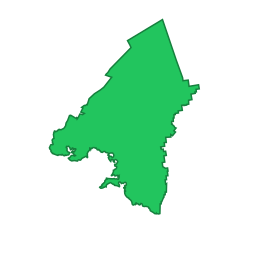 Glenorchy, Tasmania, Australia (Equal Earth projection), rotated 161°
{"feature_id": "25037944B30082174620136", "entity_name": "Glenorchy", "entity_type": "district", "adm_level": 2, "iso_a3": "AUS", "parent_name": "Australia", "parent_adm1": "Tasmania", "projection": "equal_earth", "projection_center": [147.273, -42.832], "detail": "fine", "context": "isolated", "style": "filled", "palette": "green", "viewbox_px": 256, "rotation_deg": 161, "n_neighbors": 0, "source": "geoboundaries", "source_scale": "gbopen_adm2", "svg_char_len": 5893}
<svg xmlns="http://www.w3.org/2000/svg" viewBox="0 0 256 256"><g transform="rotate(161 128 128)"><path d="M60.1,219.3L100.0,210.8L99.1,205.2L99.0,203.0L125.6,189.7L129.1,186.9L131.0,186.1L132.0,185.3L126.9,181.3L137.9,174.2L138.0,174.3L141.6,173.0L148.6,171.3L155.2,168.4L158.7,163.6L158.8,163.9L161.0,163.1L161.9,163.6L165.1,162.6L164.1,161.6L167.4,158.4L164.5,156.0L166.5,155.4L168.9,156.9L171.3,154.5L172.9,153.3L172.7,154.1L173.1,154.6L173.9,153.9L178.0,158.7L178.9,158.4L179.3,158.8L182.6,154.8L184.9,152.9L186.3,150.4L188.2,148.9L189.4,148.4L190.5,148.4L191.5,148.1L192.8,148.5L193.0,148.9L193.4,148.8L193.9,149.1L194.3,148.7L195.1,148.8L195.7,148.2L196.2,148.3L197.4,148.0L197.6,148.0L197.7,148.6L198.5,149.1L199.8,147.6L199.7,147.4L200.6,146.2L201.4,142.2L202.3,142.2L203.3,141.7L203.8,140.9L203.8,139.6L204.2,138.9L204.0,138.1L204.1,136.9L204.6,136.7L205.8,137.3L206.3,137.3L206.7,137.1L208.8,134.8L208.6,134.2L208.8,133.7L208.5,133.1L208.1,131.9L208.2,131.5L208.5,131.0L208.4,130.4L207.5,128.7L206.2,127.6L207.3,128.4L207.5,128.3L203.4,125.0L203.1,124.9L202.8,125.2L202.6,125.1L202.2,125.3L201.6,124.9L200.8,124.8L200.0,124.2L199.5,124.1L198.9,124.5L198.3,123.5L197.6,122.7L196.9,122.4L196.6,122.7L196.0,122.8L195.9,122.5L195.3,122.2L194.0,122.2L193.0,121.9L192.4,122.2L191.2,123.8L192.7,125.1L193.1,126.7L192.9,126.8L192.9,127.2L192.3,128.0L192.5,128.9L192.8,129.5L192.7,129.9L192.2,130.5L192.0,130.2L191.5,130.0L190.7,130.3L190.1,130.2L189.3,128.1L189.5,127.4L189.3,126.1L188.7,126.1L187.8,126.5L187.6,127.0L187.3,127.2L186.8,127.1L186.3,126.4L186.8,125.7L186.9,125.3L186.4,125.4L185.7,125.9L184.4,125.5L184.2,125.3L184.2,125.1L184.4,124.6L185.2,124.3L186.3,123.0L186.7,123.0L186.9,123.3L187.1,123.2L188.1,124.2L188.9,123.8L189.3,123.3L189.0,123.3L188.6,122.7L187.8,121.5L187.6,120.1L187.2,119.6L186.7,119.3L186.6,119.0L187.9,119.0L188.7,119.9L189.7,120.3L190.4,120.3L191.4,120.0L192.2,119.2L193.2,118.9L194.1,119.0L194.3,118.7L193.2,116.4L191.9,115.2L189.3,114.7L186.8,113.3L186.4,113.2L185.6,113.9L185.1,114.0L184.5,113.9L184.1,113.5L184.1,113.3L184.5,113.3L183.2,113.1L181.4,114.3L176.8,114.9L176.5,114.7L176.5,114.0L176.2,113.3L175.7,113.5L175.2,115.9L174.9,116.3L174.9,117.2L174.3,117.6L173.9,118.2L171.3,119.8L170.7,121.4L170.2,120.9L169.8,120.9L169.9,120.2L169.1,121.2L169.2,120.7L168.9,120.7L168.6,120.4L167.6,120.9L166.3,120.5L165.5,119.6L164.8,119.7L164.7,118.9L164.2,118.0L164.2,117.5L163.9,117.2L163.1,117.4L162.5,117.1L162.3,116.5L162.5,116.2L161.7,115.6L161.8,114.9L161.5,114.3L161.0,114.1L161.0,113.8L160.7,113.8L160.2,113.3L158.6,113.7L157.9,113.6L157.4,113.3L157.3,112.7L156.7,111.9L155.3,111.2L154.9,110.4L154.9,109.5L155.9,109.0L155.7,108.4L154.8,108.4L154.8,109.3L154.1,110.0L152.9,110.1L152.3,110.0L151.9,109.7L151.3,109.8L150.7,109.3L150.2,108.0L150.3,106.6L151.3,105.4L151.9,105.3L152.6,105.5L153.0,106.6L153.6,107.0L155.5,106.9L156.2,106.5L156.2,105.0L155.5,102.6L155.2,102.0L154.0,103.7L152.9,103.5L152.4,102.7L152.8,102.1L152.8,101.6L152.5,100.5L151.8,100.1L151.8,101.4L151.7,101.6L151.0,102.1L150.1,102.3L149.5,101.9L148.9,100.9L148.6,100.0L148.7,99.3L149.5,98.8L150.5,97.7L151.5,97.6L152.1,98.1L152.6,97.7L152.8,96.3L151.3,95.4L151.3,95.0L151.8,94.0L153.1,93.1L153.9,93.3L154.3,92.9L155.6,92.8L155.7,92.0L156.7,90.6L158.0,89.3L159.1,88.7L159.2,88.4L159.0,88.2L158.2,88.2L156.6,88.4L156.0,87.7L156.0,86.9L155.1,86.7L154.5,86.9L153.4,86.5L153.3,85.6L153.0,85.8L152.9,86.2L153.0,86.6L152.4,86.7L152.9,86.5L152.7,86.3L152.7,85.8L152.8,85.6L153.0,85.3L152.2,85.6L152.4,85.3L152.2,84.8L153.3,83.1L153.9,82.6L154.3,82.7L154.8,83.5L156.5,83.9L157.0,84.2L157.3,84.7L159.2,85.0L163.2,86.7L164.7,87.6L165.1,87.0L164.9,86.4L165.4,86.5L166.5,86.0L167.1,85.6L167.5,84.7L168.0,84.1L169.0,83.9L169.5,83.4L170.2,83.4L171.2,82.8L171.4,82.5L171.3,81.9L171.7,81.6L173.4,81.6L174.1,81.1L173.5,80.0L172.7,79.7L171.1,79.5L170.4,79.9L169.6,79.7L168.3,79.9L168.1,79.9L167.8,79.5L166.9,81.1L166.4,81.5L163.5,82.0L162.2,82.0L160.6,79.8L159.9,79.5L159.5,79.0L159.5,78.2L157.0,76.9L155.3,75.3L155.0,75.5L154.7,76.9L154.9,78.8L154.5,79.7L153.7,79.8L153.1,79.7L152.8,78.7L152.3,78.3L152.3,77.7L151.5,77.9L150.5,77.1L149.0,77.7L148.0,77.4L147.6,76.8L147.8,75.4L148.1,74.7L148.5,74.4L149.4,74.8L150.1,74.3L150.0,73.4L149.7,72.8L150.1,72.2L150.4,72.2L151.1,73.0L151.4,73.0L151.5,72.6L150.9,71.2L151.1,70.5L151.5,70.3L151.5,70.0L150.9,69.5L150.8,69.1L151.1,68.9L151.9,69.0L152.4,67.1L152.3,65.3L151.7,63.5L151.1,62.3L150.5,62.1L150.1,61.5L150.2,61.0L149.1,59.3L148.6,58.0L148.5,56.1L148.7,55.4L148.8,54.7L148.6,53.9L148.0,53.4L146.6,53.6L146.1,53.2L145.9,53.5L145.4,53.4L145.4,54.1L145.1,54.5L144.6,54.5L143.7,53.2L143.2,53.1L142.8,52.1L142.1,51.5L141.3,51.6L140.8,52.4L140.4,52.5L140.1,52.3L139.5,51.7L139.5,49.5L139.1,49.0L138.0,48.4L136.5,48.1L134.6,46.8L134.2,45.7L134.4,45.3L134.3,45.1L134.0,45.1L133.8,44.3L133.7,43.7L133.9,43.1L133.7,42.3L131.5,39.8L130.7,38.4L129.8,38.1L129.6,37.9L129.4,38.0L129.5,37.8L129.1,37.6L127.9,37.3L126.9,36.7L125.7,36.7L122.3,45.8L121.3,45.5L120.6,47.5L120.1,47.3L117.0,50.8L116.7,50.7L115.6,53.1L114.6,52.8L113.7,55.3L112.6,54.9L109.7,62.6L110.1,62.4L110.7,62.5L109.8,66.9L108.4,66.6L107.6,70.3L105.8,69.9L104.9,74.3L104.2,74.2L103.6,77.3L105.7,77.7L107.7,80.1L106.9,84.2L104.3,83.8L103.1,90.0L100.7,89.6L100.0,93.8L102.0,94.2L101.6,96.6L103.5,96.9L103.2,98.2L103.6,98.2L103.3,99.5L99.3,98.8L98.5,102.4L96.5,101.9L95.4,106.9L90.4,105.5L89.7,107.9L88.4,106.2L84.4,108.7L85.6,110.4L82.6,112.3L83.6,113.2L83.8,114.7L84.9,116.6L84.9,117.3L85.5,117.4L84.6,120.0L83.0,119.5L82.0,122.7L81.2,122.5L80.2,125.6L78.9,125.3L78.6,126.4L75.4,125.8L75.0,127.8L70.9,127.0L69.9,132.0L67.6,131.5L67.7,131.0L65.1,130.6L65.0,131.2L62.8,130.8L61.7,134.5L58.3,134.0L57.4,139.5L53.2,138.9L53.0,140.2L51.6,139.9L51.1,142.4L47.9,141.8L47.2,145.9L56.7,147.5L55.5,153.7L60.6,154.8L60.0,157.8L60.3,176.4L60.1,219.3Z" fill="#22c55e" stroke="#15803d" stroke-width="1.5"/></g></svg>